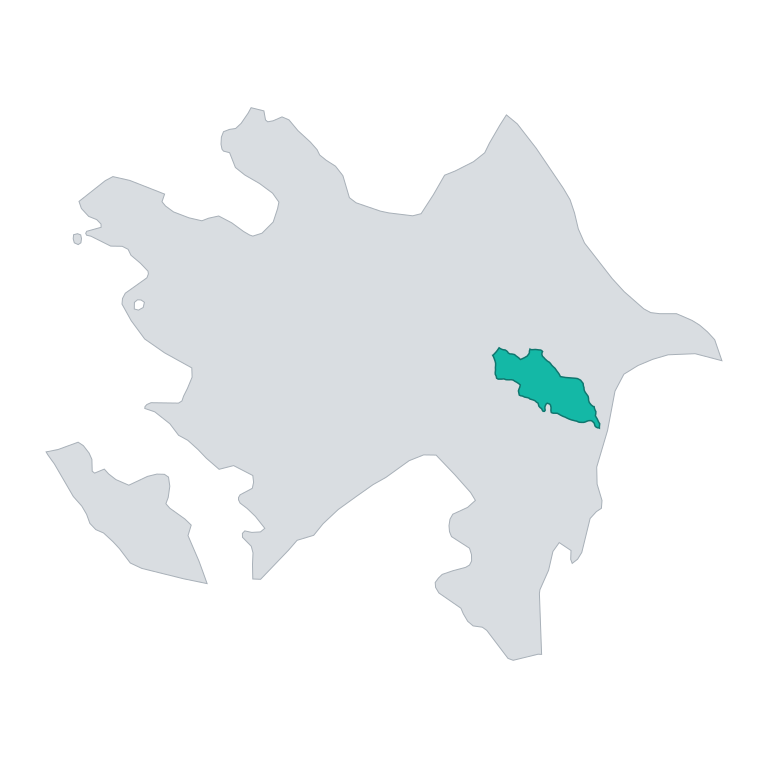 location of Hajigabul District, Hajigabul, Azerbaijan
{"feature_id": "54616110B48173541517146", "entity_name": "Hajigabul District", "entity_type": "district", "adm_level": 2, "iso_a3": "AZE", "parent_name": "Azerbaijan", "parent_adm1": "Hajigabul", "projection": "equal_earth", "projection_center": [48.908, 40.107], "detail": "fine", "context": "in_parent", "style": "filled", "palette": "teal", "viewbox_px": 768, "rotation_deg": 0, "n_neighbors": 0, "source": "geoboundaries", "source_scale": "gbopen_adm2", "svg_char_len": 5563}
<svg xmlns="http://www.w3.org/2000/svg" viewBox="0 0 768 768"><path d="M541.6,654.4L538.1,654.2L513.2,660.3L508.0,658.4L486.7,630.3L482.3,627.2L473.1,625.9L467.7,621.3L463.3,613.8L460.9,608.2L438.9,593.0L435.6,587.4L435.2,582.5L438.4,578.1L442.2,574.4L453.0,570.7L465.5,567.4L469.5,565.1L471.6,561.0L471.5,554.6L469.5,548.2L451.5,536.6L449.5,531.7L449.0,525.6L450.0,519.2L452.8,514.2L467.6,507.4L475.4,500.4L470.6,492.5L454.8,474.7L436.1,455.1L423.6,454.9L409.1,460.7L385.9,477.4L373.1,484.6L356.4,496.4L338.1,509.6L323.1,523.7L313.7,535.3L297.1,540.3L288.6,550.1L260.6,579.3L252.8,579.0L252.5,564.4L253.0,552.9L251.3,546.3L242.5,537.3L242.4,533.4L244.8,530.9L251.7,532.4L260.5,531.9L264.8,528.3L255.4,516.4L247.1,508.4L240.1,503.1L238.5,499.8L238.5,497.6L240.1,494.8L252.3,488.3L253.6,482.3L252.8,475.5L233.6,465.6L219.1,469.3L206.3,458.2L198.1,449.6L187.8,440.3L178.6,435.3L169.9,423.8L154.7,411.8L144.8,408.5L145.0,406.6L146.9,404.5L151.0,402.7L178.5,403.1L181.9,401.0L183.7,395.9L187.5,388.3L192.1,377.2L191.8,367.9L164.5,352.8L144.7,339.0L131.2,320.7L122.0,304.1L122.5,298.5L125.3,293.2L146.9,277.8L148.4,273.9L148.0,271.2L140.5,263.3L131.0,255.3L128.1,249.3L122.2,246.3L110.7,246.1L90.9,236.2L86.6,235.2L85.7,233.3L86.7,231.3L101.1,227.3L101.0,224.0L96.7,219.6L88.7,216.4L81.4,208.5L79.0,201.4L105.2,180.7L112.9,176.6L129.7,180.4L164.6,194.1L162.0,201.7L165.5,206.0L173.5,211.9L188.9,217.8L201.9,220.8L208.6,218.2L218.7,216.0L231.7,222.8L243.6,231.5L249.6,235.0L252.8,236.1L262.0,233.2L273.2,222.0L277.6,208.6L278.9,202.1L272.6,193.2L259.5,183.5L244.8,175.0L235.4,167.5L229.6,152.7L223.5,151.1L222.0,149.2L221.0,144.2L221.4,137.1L223.5,131.7L229.5,129.4L235.6,128.5L241.1,123.4L248.1,113.2L251.1,107.7L263.9,110.9L265.5,119.9L267.7,121.8L273.1,120.8L282.0,116.9L289.0,119.9L298.0,130.7L310.4,142.1L317.1,149.7L319.7,155.0L326.1,160.2L335.5,166.2L342.9,175.7L349.4,197.7L356.1,202.8L380.3,211.1L388.8,212.9L412.7,215.8L421.1,213.7L433.4,194.7L444.6,175.2L454.9,171.1L473.5,161.7L484.7,152.8L489.4,143.2L499.9,125.1L506.4,114.9L517.3,123.9L536.3,148.4L563.4,188.4L570.1,199.8L574.5,212.9L578.3,228.9L584.5,243.0L612.2,278.6L624.2,291.7L643.7,308.8L650.7,312.6L659.8,313.7L676.5,313.7L692.0,320.4L699.6,325.1L707.5,331.9L714.7,339.7L721.9,360.7L695.1,353.7L668.1,354.8L652.8,359.3L638.0,365.5L623.9,374.2L615.0,391.1L607.6,430.3L596.7,467.1L597.1,484.1L602.0,500.5L601.4,508.3L596.4,511.6L590.1,518.5L581.8,552.4L577.6,559.2L572.2,563.4L570.7,559.4L571.0,550.5L559.2,542.6L552.9,551.5L548.6,570.2L539.9,589.8L539.4,593.6L541.6,654.4ZM143.2,307.5L144.4,302.3L141.1,300.0L137.5,299.8L134.4,302.4L134.3,309.0L138.5,310.1L143.2,307.5ZM51.8,460.4L47.9,454.9L46.1,451.9L58.1,449.5L78.1,442.2L83.4,445.7L89.1,453.1L91.9,459.4L92.2,471.2L94.6,473.1L104.3,469.1L108.6,473.9L115.9,479.6L128.8,485.2L147.5,476.4L156.8,474.1L164.4,474.3L168.5,477.1L169.8,486.2L168.2,497.5L165.9,503.7L169.8,508.2L184.9,519.0L191.2,525.1L188.0,535.6L199.0,561.2L202.7,571.3L207.1,583.6L183.7,578.8L141.8,568.4L130.3,563.0L119.5,548.7L113.1,541.8L103.6,533.0L95.8,529.6L89.9,523.4L86.6,514.3L81.8,506.1L73.3,496.5L54.3,463.8L51.8,460.4ZM80.9,242.8L78.2,244.6L74.3,242.8L73.2,238.8L73.6,234.7L77.5,233.7L80.7,234.9L81.5,238.6L80.9,242.8Z" fill="#d9dde1" stroke="#a8b0b8" stroke-width="1"/><path d="M542.6,351.6L542.2,351.1L541.4,350.4L540.4,350.0L538.7,349.9L537.4,349.7L535.6,349.5L534.9,349.5L533.7,349.6L531.6,349.7L530.1,349.3L530.0,349.2L529.4,351.1L529.4,351.8L529.4,352.6L528.9,353.8L527.9,355.1L527.2,356.1L526.1,356.7L524.6,357.6L523.1,358.3L522.3,358.7L520.4,359.5L518.8,357.9L517.2,356.7L515.8,355.7L514.6,354.6L512.0,354.0L509.9,353.9L508.3,353.0L507.5,351.7L506.5,350.8L505.0,349.9L503.9,349.9L501.7,349.3L500.0,348.4L499.1,347.8L497.6,350.0L496.4,351.6L493.1,355.2L492.7,355.3L493.7,357.2L495.1,361.1L495.6,363.2L495.6,365.3L495.4,367.6L495.5,370.0L495.2,372.7L495.3,374.4L496.2,376.1L496.6,378.2L497.3,378.6L498.1,379.1L499.3,379.1L499.5,379.1L501.9,379.1L504.0,378.9L506.0,379.7L508.6,379.8L511.4,379.7L513.2,380.1L514.9,381.3L516.8,382.3L518.7,383.6L520.3,384.9L519.8,387.1L518.9,389.3L518.4,390.9L518.9,393.3L519.3,395.1L520.8,395.8L522.3,396.0L523.5,396.5L524.3,397.0L526.2,397.4L527.8,397.7L529.1,398.2L529.9,399.0L532.0,399.6L533.3,400.0L534.7,400.6L535.3,401.0L536.4,402.1L538.1,403.2L538.5,404.8L538.9,406.2L540.0,407.5L541.6,408.7L542.4,410.4L543.1,411.3L544.5,411.3L545.2,410.2L544.9,408.4L544.9,406.8L546.0,404.2L547.2,403.2L549.6,404.0L550.4,404.9L551.0,407.2L551.0,408.8L550.9,410.3L551.0,410.8L551.1,411.9L551.4,412.6L553.2,413.2L555.2,413.2L557.4,413.3L558.8,414.1L560.5,415.1L562.9,416.3L565.3,417.2L566.8,418.0L569.0,419.0L571.5,419.9L573.1,420.3L575.3,420.9L576.6,421.1L578.4,422.0L579.8,422.3L582.1,422.4L583.7,422.4L585.5,421.9L587.0,421.2L588.5,420.7L590.3,420.6L591.5,420.7L592.9,421.8L594.3,423.3L594.6,424.7L595.1,426.1L596.1,427.1L597.6,427.8L599.0,427.9L599.4,428.1L599.4,426.5L599.7,423.7L598.7,422.2L598.1,420.9L597.3,419.1L596.5,417.7L595.4,415.9L595.8,413.5L595.8,412.5L595.9,411.7L595.1,410.1L594.6,408.8L594.3,407.7L594.1,406.6L593.0,406.4L591.2,404.9L590.3,403.8L589.3,402.5L588.6,400.3L588.5,398.1L588.1,396.3L586.4,393.9L585.3,392.4L584.4,390.7L584.0,389.0L584.0,387.7L583.4,385.9L583.1,383.4L582.4,382.5L580.6,380.2L577.6,378.6L575.7,378.3L565.6,377.5L562.1,376.9L560.4,376.6L559.2,374.2L558.1,372.6L557.0,371.2L555.9,369.6L555.0,368.3L553.1,366.6L551.8,365.3L550.5,363.5L549.3,362.2L548.4,361.7L547.3,361.0L544.9,358.8L543.9,357.6L542.5,356.3L541.8,354.2L542.1,352.4L542.6,351.6Z" fill="#14b8a6" stroke="#0f766e" stroke-width="1.5"/></svg>